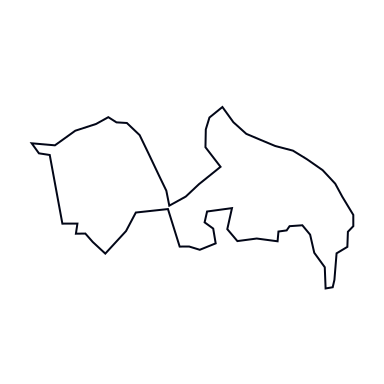 Yazyavan, Ferghana, Uzbekistan, rotated 4°
{"feature_id": "79887680B59640879655565", "entity_name": "Yazyavan", "entity_type": "district", "adm_level": 2, "iso_a3": "UZB", "parent_name": "Uzbekistan", "parent_adm1": "Ferghana", "projection": "orthographic", "projection_center": [71.634, 40.657], "detail": "fine", "context": "isolated", "style": "outline", "palette": "ink", "viewbox_px": 384, "rotation_deg": 4, "n_neighbors": 0, "source": "geoboundaries", "source_scale": "gbopen_adm2", "svg_char_len": 969}
<svg xmlns="http://www.w3.org/2000/svg" viewBox="0 0 384 384"><g transform="rotate(4 192 192)"><path d="M109.8,259.5L128.9,235.6L137.4,216.4L169.2,210.7L183.5,247.3L193.0,246.6L203.8,249.1L219.2,241.6L215.7,227.0L206.7,221.4L208.4,210.4L233.0,205.3L229.8,226.6L240.7,237.8L259.8,233.9L280.8,235.2L281.0,225.4L289.1,223.7L291.7,219.3L304.4,217.5L312.8,226.3L318.2,244.1L329.7,257.8L332.0,278.9L339.0,277.2L340.2,269.7L340.5,243.1L350.8,235.9L350.3,220.8L355.3,214.8L354.5,203.6L342.3,186.3L334.3,173.7L320.8,161.1L304.2,151.2L289.8,143.7L271.8,140.3L256.7,135.2L242.1,130.2L228.4,119.5L216.4,105.1L204.2,116.5L201.4,128.6L202.3,146.4L218.7,164.9L211.6,171.5L198.4,183.7L186.1,197.0L170.3,207.2L166.3,192.5L158.5,178.9L146.1,156.9L135.8,138.9L122.2,127.7L111.8,127.8L103.3,123.2L91.6,130.8L71.3,139.0L52.0,155.0L28.7,154.6L36.6,164.1L47.5,165.0L64.9,232.6L79.9,231.5L79.1,241.7L88.5,240.9L96.5,248.8L109.8,259.5Z" fill="none" stroke="#020617" stroke-width="2"/></g></svg>